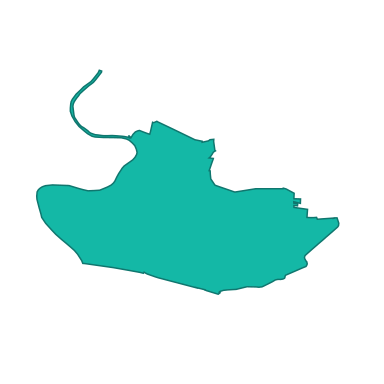 outline of Skrunda, Skrundas, Latvia, rotated 194°
{"feature_id": "27541924B8322531432805", "entity_name": "Skrunda", "entity_type": "district", "adm_level": 2, "iso_a3": "LVA", "parent_name": "Latvia", "parent_adm1": "Skrundas", "projection": "equal_earth", "projection_center": [22.017, 56.673], "detail": "fine", "context": "isolated", "style": "filled", "palette": "teal", "viewbox_px": 384, "rotation_deg": 194, "n_neighbors": 0, "source": "geoboundaries", "source_scale": "gbopen_adm2", "svg_char_len": 3333}
<svg xmlns="http://www.w3.org/2000/svg" viewBox="0 0 384 384"><g transform="rotate(194 192 192)"><path d="M141.8,99.2L140.4,101.0L141.4,101.4L140.9,102.2L140.0,102.8L139.3,103.2L137.7,104.2L133.6,105.7L125.6,108.2L115.7,113.4L111.2,114.4L106.9,115.4L104.0,115.8L102.0,116.6L101.3,116.8L100.0,117.8L92.3,124.4L89.8,126.9L87.5,128.0L84.9,128.6L82.8,129.5L82.0,130.1L81.3,130.8L81.2,131.7L81.3,132.1L81.2,133.6L80.8,134.1L73.6,139.6L66.7,144.9L63.4,147.3L63.0,148.4L62.8,150.1L63.7,152.0L64.0,152.0L65.5,153.5L66.5,154.6L67.0,155.6L67.0,157.3L66.9,157.7L65.1,160.4L61.6,165.5L58.3,170.2L58.1,170.4L57.7,171.1L52.1,179.0L51.7,179.6L51.4,180.1L45.9,187.9L42.2,193.3L41.7,194.8L42.0,197.2L45.0,202.0L47.7,201.3L47.7,200.9L48.5,200.6L48.5,200.9L63.8,195.9L65.0,197.5L67.4,196.7L70.8,195.8L74.3,195.1L75.7,203.1L89.3,201.7L89.9,203.6L87.9,203.9L87.3,204.0L86.3,204.1L86.6,206.2L90.5,205.8L90.9,207.2L84.1,207.2L85.0,211.5L91.5,210.1L92.6,215.5L101.3,217.7L103.3,217.8L104.4,217.8L104.4,217.2L130.9,210.6L150.4,202.3L151.8,202.4L166.6,203.7L170.7,204.1L171.5,204.3L177.0,209.3L177.3,210.3L177.4,210.5L178.5,213.6L179.5,216.9L180.5,216.8L180.5,217.2L180.4,217.8L180.1,221.6L179.8,225.1L179.4,229.2L179.4,229.7L183.6,229.2L183.0,230.0L182.1,232.1L181.5,233.8L181.0,235.6L180.6,236.2L179.2,237.6L179.9,238.0L183.2,246.2L183.6,248.4L187.2,247.1L188.4,245.6L194.2,242.7L194.4,243.7L201.8,243.4L226.1,248.5L242.9,251.9L243.2,252.1L244.9,250.7L246.6,249.8L247.1,250.0L246.9,240.6L247.0,237.8L249.7,238.0L253.3,238.4L257.9,239.0L259.6,238.1L261.5,236.6L263.2,233.6L264.3,230.0L265.7,230.7L267.2,231.5L265.7,229.4L266.8,229.5L267.9,229.7L268.6,229.6L270.8,229.5L273.3,229.2L276.9,228.6L279.8,228.1L283.0,227.5L285.2,226.9L287.9,226.1L291.3,225.3L293.2,225.0L297.0,224.6L299.7,224.2L301.2,224.3L304.3,224.6L304.8,224.7L305.4,224.9L306.5,225.4L307.8,226.2L310.0,227.1L312.7,228.2L315.0,228.8L317.4,230.2L319.3,231.7L324.0,236.0L325.1,238.0L325.8,239.8L328.3,246.3L328.5,248.6L328.1,251.1L327.7,252.2L327.6,252.6L326.5,255.5L325.3,258.0L324.5,260.3L322.3,263.6L318.0,269.8L317.3,270.7L316.1,272.1L314.2,274.5L312.5,277.9L308.8,286.3L308.9,287.5L311.4,287.7L311.9,285.0L315.2,277.7L316.8,274.6L322.6,267.8L324.9,263.9L328.1,258.9L330.5,253.1L331.1,250.6L331.0,248.2L330.4,244.3L329.6,240.9L326.9,236.7L322.4,232.0L317.4,228.2L311.5,225.2L307.4,223.3L302.5,221.9L299.4,221.9L291.4,223.4L281.3,225.8L273.7,227.5L268.4,227.6L265.5,227.0L261.9,225.2L258.7,223.1L256.4,220.1L254.9,217.2L254.8,215.1L255.7,211.8L257.3,208.8L264.1,200.9L265.5,198.2L266.3,195.8L267.6,192.1L268.6,188.3L269.5,183.9L270.4,181.7L272.1,179.2L275.1,176.5L278.6,173.9L282.0,171.4L287.7,169.6L293.1,168.0L297.9,167.9L302.6,168.0L312.9,168.5L329.1,165.1L335.7,162.7L336.9,161.9L337.6,161.5L339.0,160.4L340.6,158.6L341.6,157.0L342.3,154.6L341.8,151.5L341.7,150.6L340.7,147.5L339.1,144.5L336.5,139.7L334.8,136.8L333.2,134.0L331.7,131.0L329.5,129.0L326.4,126.2L321.8,123.1L319.3,121.4L314.0,118.0L307.3,114.5L301.5,111.7L300.5,111.2L296.3,109.1L292.1,106.9L288.0,104.0L282.4,98.7L280.7,96.3L278.0,96.7L250.0,99.6L234.2,100.7L223.3,101.4L219.5,101.4L219.1,102.6L216.5,101.8L215.5,101.6L207.2,100.8L203.9,100.6L164.4,100.1L164.6,100.3L160.0,100.3L157.0,100.3L155.7,100.3L155.7,100.0L155.1,100.0L154.2,99.8L142.5,99.2L141.8,99.2Z" fill="#14b8a6" stroke="#0f766e" stroke-width="1.5"/></g></svg>